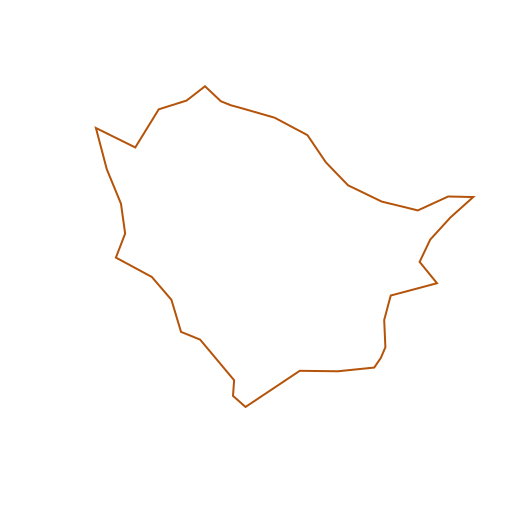 map outline of Bugiri (Robinson projection), rotated 107°
{"feature_id": "UGA-3117", "entity_name": "Bugiri", "entity_type": "District", "adm_level": 1, "iso_a3": "UGA", "parent_name": "Uganda", "parent_adm1": "", "projection": "robinson", "projection_center": [33.743, 0.527], "detail": "fine", "context": "isolated", "style": "outline", "palette": "amber", "viewbox_px": 512, "rotation_deg": 107, "n_neighbors": 0, "source": "natural_earth", "source_scale": "10m", "svg_char_len": 628}
<svg xmlns="http://www.w3.org/2000/svg" viewBox="0 0 512 512"><g transform="rotate(107 256 256)"><path d="M118.9,314.3L118.3,278.6L125.4,242.1L146.0,216.6L161.5,188.6L167.2,151.7L165.1,114.6L142.9,89.6L136.1,65.5L162.2,81.3L189.4,94.2L213.8,97.8L229.1,75.0L254.4,115.6L279.7,114.7L305.4,105.6L316.8,106.8L328.1,110.3L342.3,144.0L353.0,180.6L403.4,221.9L396.5,237.1L381.2,240.6L352.3,285.0L350.5,305.5L322.6,324.1L306.5,349.5L298.5,389.5L272.8,387.7L245.5,400.4L216.6,424.1L180.4,446.5L187.5,403.2L144.2,391.9L127.6,367.8L108.6,354.4L118.3,334.8L119.2,324.4L118.9,314.3Z" fill="none" stroke="#b45309" stroke-width="2"/></g></svg>